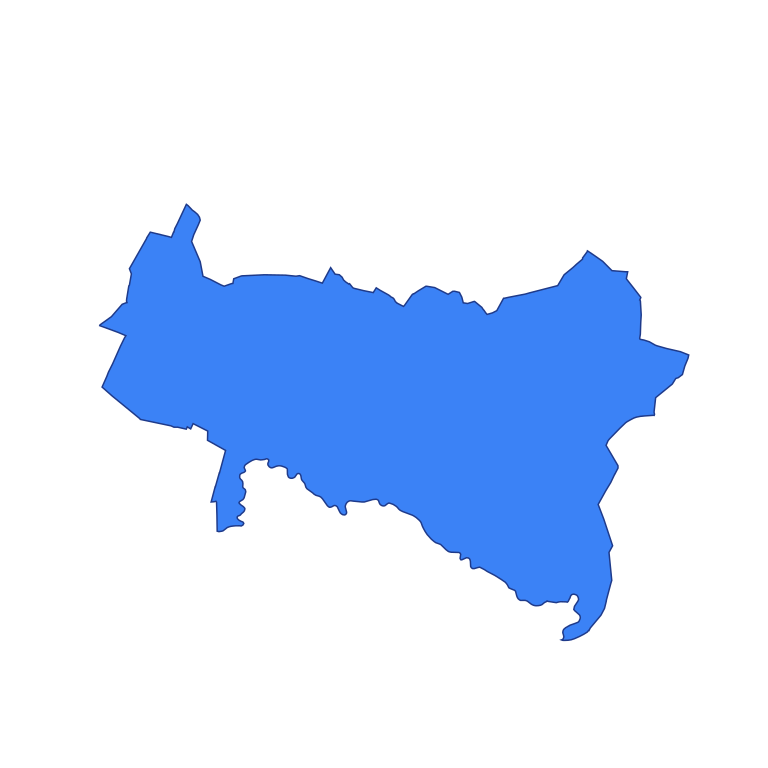 Sokolku pag., Vilanu, Latvia (orthographic projection), rotated 291°
{"feature_id": "27541924B1096385045081", "entity_name": "Sokolku pag.", "entity_type": "district", "adm_level": 2, "iso_a3": "LVA", "parent_name": "Latvia", "parent_adm1": "Vilanu", "projection": "orthographic", "projection_center": [26.989, 56.509], "detail": "fine", "context": "isolated", "style": "filled", "palette": "blue", "viewbox_px": 768, "rotation_deg": 291, "n_neighbors": 0, "source": "geoboundaries", "source_scale": "gbopen_adm2", "svg_char_len": 6144}
<svg xmlns="http://www.w3.org/2000/svg" viewBox="0 0 768 768"><g transform="rotate(291 384 384)"><path d="M581.2,526.2L580.4,526.3L572.8,524.2L571.9,524.6L571.7,524.6L564.8,520.8L560.5,518.7L550.5,513.0L538.1,510.9L521.3,487.3L518.6,483.7L509.8,469.6L507.3,465.8L506.9,464.9L492.9,463.0L489.3,459.8L485.9,455.3L487.0,453.3L488.6,451.0L489.4,449.5L490.6,447.9L493.4,439.5L493.5,438.7L489.1,433.2L488.2,428.9L493.0,425.5L496.5,421.6L495.9,416.7L495.2,415.0L490.7,411.7L492.2,396.8L490.6,389.0L490.3,388.1L483.1,382.5L478.8,379.5L478.8,379.1L477.7,378.3L464.9,375.0L463.4,374.4L464.2,367.1L464.3,367.1L465.0,365.1L466.2,363.8L467.2,362.5L467.5,361.8L467.7,360.7L467.7,359.7L468.5,357.5L468.8,356.1L470.1,346.8L471.0,342.3L465.5,341.2L463.9,331.8L462.6,321.8L462.6,320.8L462.9,320.0L465.3,315.9L464.7,315.4L465.6,311.5L466.3,309.8L466.6,309.0L468.7,306.6L470.0,303.1L469.0,299.0L473.5,292.5L456.1,290.3L456.0,289.2L455.7,282.9L455.2,275.7L454.9,266.4L453.1,263.2L450.3,253.0L443.1,233.2L434.1,212.7L433.5,211.8L428.4,206.0L423.7,206.9L423.1,205.7L418.0,199.7L418.1,196.1L419.4,184.3L419.7,176.4L432.3,168.6L448.1,153.3L455.1,152.9L466.0,153.6L471.1,153.7L473.5,152.0L475.5,149.3L476.9,145.5L477.6,142.8L480.3,137.2L480.9,135.1L459.6,133.6L454.2,133.0L450.6,133.4L450.5,133.1L444.7,133.0L444.4,129.8L442.0,111.4L435.4,110.1L434.7,110.2L400.4,105.0L396.3,108.7L385.0,110.9L384.1,110.6L371.1,113.3L369.1,113.9L367.9,114.9L367.3,114.0L364.6,111.0L349.2,105.4L337.5,97.7L336.6,97.7L336.6,98.0L336.9,117.5L336.6,125.7L334.0,125.2L325.0,124.4L305.5,123.4L296.4,122.5L291.7,122.5L280.1,121.9L275.5,134.2L264.2,168.3L263.6,169.2L268.6,200.2L268.4,203.3L269.5,206.3L269.7,206.6L271.0,215.6L273.5,215.7L272.8,219.6L278.6,220.0L276.9,236.3L268.2,239.4L265.2,259.9L241.9,262.3L241.9,262.1L227.6,263.4L227.6,263.2L211.9,264.9L213.3,267.8L214.3,269.1L213.7,270.0L202.0,274.9L186.8,281.0L187.0,282.8L188.5,285.4L189.3,286.4L193.8,289.1L195.2,290.6L196.2,292.0L197.2,293.8L198.4,296.2L199.9,300.0L200.3,301.6L201.7,302.8L203.5,303.1L204.4,302.2L204.6,301.4L204.6,299.7L204.9,297.5L205.4,296.1L205.8,295.4L206.6,294.8L207.5,294.6L208.7,295.2L209.3,296.1L210.3,296.9L211.6,297.3L214.2,298.7L215.6,299.1L217.6,298.9L218.2,298.4L219.1,296.7L219.8,293.9L220.6,291.9L221.1,291.2L221.8,291.2L222.7,291.5L225.4,293.6L226.5,294.0L227.7,294.2L233.8,293.6L235.5,292.5L235.9,291.8L236.5,289.9L236.9,289.3L237.6,288.9L240.4,288.0L242.2,287.0L243.2,285.6L243.8,284.1L244.6,283.1L245.1,282.7L247.3,282.0L248.3,282.1L248.9,282.5L250.0,283.4L251.3,284.9L252.4,285.6L253.2,285.8L253.8,285.4L255.8,283.4L257.9,283.2L259.2,283.7L262.7,286.1L265.3,288.2L266.5,289.5L267.5,290.7L268.1,292.0L268.9,296.0L269.8,297.8L270.8,299.6L272.1,301.1L272.3,302.3L271.8,303.6L270.1,304.1L268.8,304.0L267.7,304.2L266.7,304.8L265.6,306.5L265.3,307.8L265.3,308.6L265.6,309.5L266.5,310.7L268.6,312.9L269.8,314.8L270.4,316.3L270.7,317.9L270.8,321.4L270.6,322.7L270.3,323.8L269.8,324.3L265.1,326.2L263.0,328.0L262.6,328.9L262.5,330.1L262.7,331.1L263.2,332.2L264.1,333.3L265.1,334.1L268.7,335.0L269.4,335.5L269.8,336.2L270.0,337.1L269.8,337.9L269.2,338.7L268.5,339.3L265.6,341.0L264.7,342.0L263.0,345.2L262.1,346.2L259.7,348.0L258.6,349.6L256.8,356.4L256.1,358.1L255.7,360.3L256.0,363.8L255.8,365.5L254.8,367.7L250.1,374.7L249.5,376.3L249.4,377.2L249.8,378.2L250.6,379.2L252.6,380.9L253.0,381.7L253.1,382.9L252.7,384.3L249.1,388.1L247.9,389.6L247.4,391.1L247.2,392.2L247.4,393.2L247.7,394.3L248.4,394.9L249.1,395.2L250.1,395.3L251.0,395.0L254.9,392.2L256.1,391.6L257.6,391.5L258.9,391.6L260.4,392.0L261.6,392.8L262.7,393.9L263.2,395.3L263.6,397.1L265.9,405.5L266.8,407.9L272.1,414.9L273.6,417.9L273.7,418.9L273.6,419.8L273.1,420.7L270.9,422.6L270.1,423.7L269.8,424.9L269.7,425.9L269.9,427.0L270.3,427.9L270.9,428.6L273.6,430.2L274.5,431.0L274.8,432.0L274.9,435.7L274.2,439.2L273.6,440.7L272.5,442.6L271.9,444.3L271.6,447.2L271.7,457.7L271.4,459.6L270.9,461.9L269.5,465.6L268.7,467.2L267.9,468.3L264.9,470.9L263.3,472.6L261.1,475.2L258.9,478.3L256.1,483.8L254.9,487.2L254.4,489.2L254.5,492.2L254.5,494.4L251.6,501.1L250.8,503.8L250.7,504.9L251.0,506.9L253.6,514.4L253.4,515.5L252.6,516.6L248.5,517.5L247.8,518.2L247.4,518.8L247.8,519.7L251.4,523.3L251.8,525.1L251.5,526.4L250.7,527.3L249.4,528.2L244.7,530.3L243.9,531.2L243.4,532.6L243.9,534.3L246.3,537.4L247.3,539.0L246.7,544.3L246.0,547.5L245.0,556.2L243.6,563.3L242.4,568.3L241.4,570.1L240.6,571.3L238.5,573.6L238.3,575.3L238.2,580.0L237.6,581.1L233.7,583.9L232.4,585.1L231.5,586.4L231.0,588.0L230.9,589.0L232.6,593.3L232.7,595.2L232.5,596.2L231.2,600.5L231.0,602.8L231.2,604.4L231.5,605.5L232.4,607.5L233.4,609.2L234.6,610.5L237.6,612.2L238.9,613.5L239.9,614.0L239.8,614.9L241.6,623.2L243.1,625.2L244.0,626.8L245.8,631.9L246.1,633.4L247.2,633.9L249.8,634.1L250.7,634.3L253.1,634.2L254.6,634.7L255.6,636.0L255.9,636.8L256.0,638.4L255.9,639.7L255.4,640.6L254.2,641.9L252.8,642.8L252.0,642.9L250.6,642.8L244.7,641.5L241.5,642.0L240.7,643.3L238.5,649.2L237.5,650.3L236.2,651.0L235.3,651.2L232.7,651.1L231.8,650.9L230.9,650.3L228.9,648.1L225.6,644.2L221.6,640.9L219.3,639.7L217.9,639.6L216.3,639.9L215.4,640.4L214.0,641.5L212.6,642.4L211.8,642.6L210.3,642.6L209.2,642.0L208.7,641.4L208.7,642.5L209.1,643.9L210.7,647.6L212.3,650.4L214.5,653.1L218.4,657.0L222.0,660.2L225.3,662.7L227.2,663.3L227.2,663.7L230.1,664.0L245.9,669.4L253.5,670.3L261.3,669.3L261.6,669.1L279.4,667.2L282.3,667.0L307.4,654.4L314.9,655.4L336.4,637.8L348.3,627.1L363.9,629.3L373.3,631.0L382.4,631.7L382.4,631.8L389.4,632.6L391.6,631.7L406.3,613.3L411.4,613.5L413.6,614.2L427.5,620.2L434.5,623.5L436.1,624.6L439.0,627.0L441.7,629.4L443.5,631.5L445.6,634.8L447.7,639.0L451.3,646.7L451.5,647.5L452.7,647.4L454.5,646.2L468.6,642.5L487.3,653.2L493.7,654.4L495.4,656.5L499.8,659.2L508.6,658.4L516.8,658.6L520.3,658.1L520.4,649.1L518.4,635.1L517.5,625.2L517.5,623.2L518.5,616.6L518.2,611.0L517.5,607.1L518.3,606.3L522.3,605.5L533.3,601.7L540.6,599.4L553.2,593.7L554.2,592.9L554.2,592.6L556.4,592.8L556.9,592.7L563.0,582.7L568.9,572.8L569.2,572.5L576.1,571.3L575.4,569.4L571.5,556.2L576.9,544.2L579.4,534.2L581.1,526.8L581.2,526.2Z" fill="#3b82f6" stroke="#1e3a8a" stroke-width="1.5"/></g></svg>